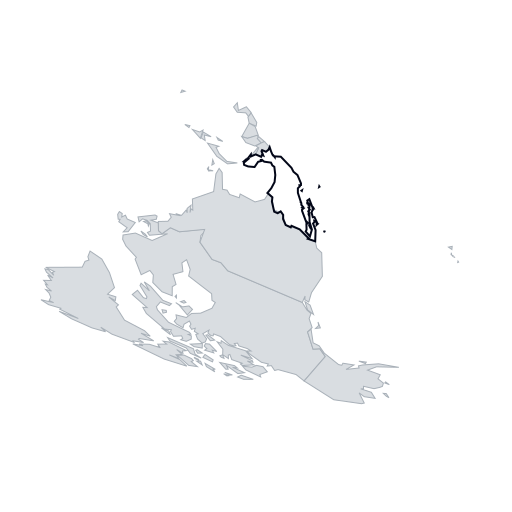 Mexico on a map of North America (Robinson projection), rotated 204°
{"feature_id": "MEX", "entity_name": "Mexico", "entity_type": "country or territory", "adm_level": 0, "iso_a3": "MEX", "parent_name": "North America", "parent_adm1": "", "projection": "robinson", "projection_center": [-103.635, 23.63], "detail": "medium", "context": "in_parent", "style": "outline", "palette": "ink", "viewbox_px": 512, "rotation_deg": 204, "n_neighbors": 17, "source": "natural_earth", "source_scale": "50m", "svg_char_len": 10400}
<svg xmlns="http://www.w3.org/2000/svg" viewBox="0 0 512 512"><g transform="rotate(204 256 256)"><path d="M194.8,232.4L187.4,227.3L182.4,225.8L182.0,220.4L175.6,213.4L178.0,207.6L166.0,194.1L160.0,197.2L151.8,192.3L161.2,161.4L171.2,164.0L189.6,161.2L192.4,159.0L197.4,162.1L201.0,160.0L200.9,162.4L207.8,161.1L222.4,164.0L225.5,165.6L221.9,167.2L226.3,167.9L235.0,166.9L237.5,168.9L240.2,167.2L237.8,165.9L239.4,164.8L244.3,164.3L255.7,168.0L263.0,167.6L262.7,165.6L264.8,165.0L268.6,166.1L268.8,169.2L273.0,163.4L267.4,160.2L267.4,156.8L269.9,154.6L275.6,156.4L279.1,159.9L277.2,161.4L281.7,162.1L282.1,165.3L285.0,162.8L288.1,164.9L287.7,167.3L290.4,169.5L294.0,164.4L293.5,160.8L300.6,161.5L304.1,163.1L303.1,166.5L305.1,169.7L294.6,171.5L291.5,177.3L283.4,181.2L275.0,190.3L274.3,197.0L278.2,197.6L281.2,203.5L309.4,210.3L310.7,217.0L317.9,224.4L320.9,219.6L316.4,212.0L324.3,205.5L317.5,197.5L320.0,193.9L316.4,185.6L327.3,185.1L339.5,189.8L342.1,197.0L347.1,199.6L353.3,192.2L365.2,204.0L364.7,206.1L378.8,212.2L384.6,217.0L386.0,221.1L375.5,227.9L357.2,227.9L345.8,240.4L361.8,231.6L364.8,233.4L362.5,235.8L365.7,242.5L369.9,244.3L374.7,243.8L376.7,239.7L379.7,243.7L364.9,252.4L362.6,252.2L362.0,249.0L366.6,246.0L358.6,246.5L355.4,239.5L350.9,238.1L345.7,247.0L335.8,247.0L314.5,259.4L312.3,258.3L314.7,252.3L312.8,245.8L294.7,235.0L285.3,235.6L275.8,231.0L194.8,232.4ZM301.1,185.1L302.8,183.6L306.3,183.6L303.6,186.1L301.1,185.1ZM305.2,152.0L302.1,149.3L313.2,151.9L308.3,151.7L305.2,152.0ZM312.8,187.9L311.6,185.3L313.5,186.1L312.8,187.9ZM272.7,145.4L271.6,146.5L265.6,145.5L269.8,143.5L272.7,145.4ZM271.4,138.3L266.4,138.2L265.7,137.4L270.0,137.5L271.4,138.3ZM260.9,134.6L267.4,135.8L263.9,137.4L260.9,134.6ZM303.5,145.5L275.4,145.8L271.7,141.6L264.5,140.4L276.5,140.4L282.3,143.6L300.0,143.3L303.5,145.5ZM231.1,136.8L237.2,137.0L229.2,137.7L231.1,136.8ZM233.9,134.6L237.7,135.3L231.6,135.9L233.9,134.6ZM387.1,224.0L385.2,229.4L395.3,231.5L395.1,234.2L396.9,233.6L399.3,237.8L398.9,241.0L395.5,240.4L394.5,237.0L391.9,240.2L388.7,237.4L379.9,237.5L382.7,226.2L387.1,224.0ZM294.7,174.2L306.5,180.0L310.4,180.8L302.5,179.6L296.9,183.1L292.3,181.4L294.7,174.2ZM303.4,154.2L309.7,152.1L332.8,158.9L338.5,163.1L334.5,164.6L353.4,170.5L350.3,176.5L341.9,172.1L338.8,172.5L339.0,174.3L350.0,181.9L349.9,184.4L339.2,180.8L347.6,186.9L340.2,185.5L323.1,177.6L313.8,178.0L314.9,175.5L324.7,175.1L326.4,169.2L324.1,166.7L309.0,159.9L285.8,159.2L283.7,158.1L285.9,156.8L282.6,156.7L281.4,153.7L285.0,149.7L290.7,148.9L289.4,150.9L291.5,152.8L298.7,149.1L303.3,152.2L303.4,154.2ZM267.7,150.0L275.7,148.0L280.1,148.8L269.4,154.2L267.7,150.0ZM208.3,142.2L217.2,138.3L223.5,138.0L221.0,141.1L208.3,142.2ZM168.0,216.5L172.1,214.0L170.5,218.0L172.5,220.9L168.0,216.5ZM246.5,133.4L256.3,134.8L258.8,137.2L247.1,135.9L249.2,135.1L246.5,133.4ZM192.7,234.2L186.6,233.1L179.7,226.0L186.9,227.7L192.7,234.2ZM202.5,147.4L219.0,147.8L223.4,149.9L214.5,152.8L211.0,156.3L204.6,157.7L198.6,154.8L204.3,149.3L202.5,147.4ZM237.5,140.3L245.8,144.0L231.1,147.1L227.5,146.1L232.2,144.8L219.1,144.7L224.7,141.2L238.4,144.0L235.4,141.3L237.5,140.3ZM239.5,151.1L246.3,152.3L248.4,157.4L256.5,161.8L252.5,162.0L253.3,164.5L244.8,163.1L227.0,165.2L217.7,160.6L229.6,159.3L216.6,158.8L215.6,157.7L221.2,156.5L213.6,155.7L224.0,150.4L226.3,151.0L225.0,152.4L236.0,151.5L239.8,155.4L241.0,154.2L239.5,151.1ZM257.7,152.2L255.2,150.3L264.6,149.1L263.2,151.4L266.7,152.7L266.5,155.4L262.7,156.6L253.0,152.8L257.7,152.2ZM243.6,149.5L246.7,149.4L248.4,150.1L246.4,152.1L243.6,149.5ZM252.7,141.6L263.3,141.8L262.6,145.3L252.9,143.7L252.7,141.6ZM264.6,131.1L273.0,128.7L287.5,133.3L281.3,136.2L273.1,136.0L270.7,134.9L272.2,133.2L264.6,131.1ZM274.4,127.2L298.0,124.5L332.8,125.6L322.7,128.1L327.0,128.1L317.4,132.0L306.0,133.3L309.0,133.7L307.7,134.2L309.9,135.5L301.8,139.2L306.2,140.4L300.9,142.0L281.2,141.2L284.6,139.3L283.1,137.3L290.4,138.3L283.5,136.0L288.9,133.3L284.6,130.9L294.9,130.4L283.1,130.3L274.4,127.2ZM320.0,168.7L315.9,169.8L314.9,168.2L317.7,166.0L320.0,168.7ZM263.2,160.0L269.6,163.3L268.2,164.4L259.6,162.4L263.2,160.0ZM362.9,229.2L367.8,229.8L371.3,232.0L365.9,230.9L362.9,229.2ZM366.5,239.6L367.9,241.4L372.8,241.8L370.6,243.5L366.6,242.0L366.5,239.6Z" fill="#d9dde1" stroke="#a8b0b8" stroke-width="1"/><path d="M194.8,232.4L275.8,231.0L285.3,235.6L294.7,235.0L312.8,245.8L313.7,259.4L335.8,247.0L345.7,247.0L350.9,238.1L355.4,239.5L359.3,247.8L350.6,251.9L349.2,256.9L352.2,259.5L341.3,262.1L346.6,262.1L340.6,262.8L338.5,269.5L336.4,267.5L338.3,271.5L336.0,276.0L334.0,268.8L334.5,272.7L332.4,272.2L337.3,282.2L320.9,297.6L326.0,314.7L325.3,321.0L320.9,318.5L313.7,303.3L309.3,304.4L305.1,301.5L295.0,302.4L295.7,306.2L278.9,305.0L271.2,311.2L270.0,318.6L265.2,316.6L258.9,305.3L249.4,305.8L241.3,296.4L227.0,298.0L215.5,292.8L207.9,293.5L203.7,287.9L197.3,285.7L187.1,264.4L190.4,245.1L189.1,235.4L193.6,235.9L194.9,239.4L194.8,232.4ZM161.2,161.4L151.8,192.3L160.0,197.2L166.0,194.1L178.0,207.6L175.9,211.5L168.5,199.9L161.7,199.6L154.1,195.0L136.4,190.4L133.2,191.1L133.0,193.4L122.2,196.3L127.6,189.0L116.3,195.6L117.7,197.3L114.3,199.8L100.1,207.4L80.2,212.4L100.8,203.8L107.7,197.1L94.2,198.0L94.6,193.4L87.9,191.7L87.5,188.3L89.4,186.4L94.2,182.8L104.8,180.7L103.8,178.5L106.3,177.2L95.2,178.4L89.3,174.4L99.9,171.5L106.1,172.9L97.3,165.7L99.5,164.0L126.5,156.3L161.2,161.4ZM76.9,180.6L79.9,180.9L83.8,182.3L81.1,183.3L76.9,180.6ZM79.7,341.6L83.8,342.4L80.7,344.6L79.7,341.6ZM78.4,336.7L78.9,338.4L78.0,337.0L78.4,336.7ZM76.4,335.9L77.8,336.5L76.1,336.4L76.4,335.9ZM73.5,335.6L75.1,335.6L74.9,335.8L73.5,335.6ZM69.1,332.1L69.4,333.5L68.4,332.8L69.1,332.1ZM81.9,192.7L86.7,192.4L86.4,193.7L81.9,192.7ZM112.3,202.2L119.3,201.8L112.1,203.9L112.3,202.2Z" fill="#d9dde1" stroke="#a8b0b8" stroke-width="1"/><path d="M354.3,341.6L354.6,347.8L345.5,346.7L352.4,345.5L349.4,340.8L354.3,341.6Z" fill="#d9dde1" stroke="#a8b0b8" stroke-width="1"/><path d="M355.6,349.5L354.7,340.9L365.5,345.7L357.9,346.4L355.6,349.5Z" fill="#d9dde1" stroke="#a8b0b8" stroke-width="1"/><path d="M329.8,316.4L333.1,314.9L333.2,315.8L329.8,316.4ZM333.2,314.1L335.9,315.8L335.5,318.5L334.8,316.0L333.2,314.1ZM331.7,323.4L333.3,321.1L334.7,326.4L331.7,323.4Z" fill="#d9dde1" stroke="#a8b0b8" stroke-width="1"/><path d="M362.6,125.6L376.7,123.6L399.1,123.6L413.4,125.4L392.9,126.6L413.6,127.6L413.0,128.9L425.7,127.2L434.7,128.6L421.9,131.1L426.8,131.2L426.7,134.9L430.0,138.0L434.5,139.8L428.5,140.8L434.1,142.3L437.0,144.6L434.9,144.9L440.1,147.4L433.0,150.4L438.6,153.8L432.5,153.4L440.8,156.0L443.6,158.4L439.9,159.0L432.9,156.1L435.3,158.2L433.8,159.8L443.5,160.1L410.2,175.1L410.0,181.6L407.0,184.3L409.3,187.0L409.6,193.0L395.6,190.5L383.1,181.2L372.4,169.5L376.1,160.7L367.4,161.7L366.4,158.0L373.8,158.7L361.8,155.4L363.0,152.6L350.0,143.9L327.4,142.4L320.0,139.7L329.6,138.7L314.9,136.9L329.2,133.1L329.5,132.1L323.5,131.2L333.8,128.5L332.4,127.5L355.7,126.0L368.8,127.8L362.6,125.6Z" fill="#d9dde1" stroke="#a8b0b8" stroke-width="1"/><path d="M337.1,383.0L335.4,388.4L331.3,381.8L325.5,388.4L319.0,385.2L318.7,380.0L323.6,382.6L331.6,379.7L337.1,383.0Z" fill="#d9dde1" stroke="#a8b0b8" stroke-width="1"/><path d="M319.9,379.6L318.6,384.7L309.6,378.3L308.7,374.7L316.2,374.5L319.9,379.6Z" fill="#d9dde1" stroke="#a8b0b8" stroke-width="1"/><path d="M316.2,374.5L309.4,373.9L302.9,367.1L311.7,360.0L317.6,359.3L316.2,374.5Z" fill="#d9dde1" stroke="#a8b0b8" stroke-width="1"/><path d="M317.6,359.3L311.7,360.0L304.0,366.8L297.2,361.4L301.9,356.0L311.4,355.5L317.6,359.3Z" fill="#d9dde1" stroke="#a8b0b8" stroke-width="1"/><path d="M297.2,361.4L302.6,363.8L302.1,366.2L294.8,364.0L297.2,361.4Z" fill="#d9dde1" stroke="#a8b0b8" stroke-width="1"/><path d="M287.8,361.0L289.3,355.3L293.5,355.3L290.2,350.8L291.6,348.7L297.7,348.7L297.6,355.9L300.9,356.5L297.2,361.4L294.8,364.0L287.8,361.0Z" fill="#d9dde1" stroke="#a8b0b8" stroke-width="1"/><path d="M297.7,348.7L301.0,346.7L298.5,355.9L297.6,355.9L297.7,348.7Z" fill="#d9dde1" stroke="#a8b0b8" stroke-width="1"/><path d="M369.5,346.1L374.5,347.2L369.4,348.2L369.5,346.1Z" fill="#d9dde1" stroke="#a8b0b8" stroke-width="1"/><path d="M332.9,347.2L337.6,346.5L339.9,348.4L332.9,347.2Z" fill="#d9dde1" stroke="#a8b0b8" stroke-width="1"/><path d="M319.5,328.6L332.3,331.1L346.2,339.4L334.6,341.1L336.7,339.0L331.2,334.5L321.1,330.6L310.9,333.4L319.5,328.6Z" fill="#d9dde1" stroke="#a8b0b8" stroke-width="1"/><path d="M387.8,377.7L391.2,374.8L391.1,377.6L387.8,377.7Z" fill="#d9dde1" stroke="#a8b0b8" stroke-width="1"/><path d="M207.9,293.5L215.5,292.8L215.1,293.6L226.9,298.1L235.9,298.0L235.9,296.3L241.5,296.4L246.3,300.8L247.9,304.6L251.6,306.8L253.6,303.9L257.4,303.9L263.6,312.2L264.9,316.3L271.2,318.2L269.6,324.1L269.1,331.1L271.3,337.8L275.5,344.9L277.9,345.4L280.3,347.4L286.9,345.5L289.8,346.3L290.7,345.7L290.1,344.7L292.4,342.9L293.5,336.7L299.6,334.6L303.9,334.4L305.1,336.2L302.3,341.9L303.1,342.1L302.0,346.7L301.1,344.9L297.6,348.7L291.7,348.7L291.7,350.8L290.3,350.8L293.6,354.0L293.5,355.2L289.3,355.3L287.8,358.2L287.8,361.0L284.7,357.6L282.2,355.3L280.7,354.4L281.9,355.4L279.0,353.9L279.3,354.7L273.7,356.8L259.5,351.0L256.0,348.2L251.0,346.8L244.4,340.6L243.8,339.1L245.1,338.3L244.3,337.5L245.3,334.9L243.4,330.7L237.1,323.7L237.9,323.7L236.5,323.2L235.4,321.5L236.1,321.5L233.0,320.0L233.5,319.0L231.9,319.0L232.8,317.1L232.3,316.0L223.2,306.7L223.0,305.8L220.5,300.6L220.6,298.6L214.7,295.9L215.7,302.9L220.9,308.9L224.0,315.5L224.2,314.7L224.9,315.4L227.7,324.2L228.6,325.1L229.0,324.2L231.7,327.5L230.4,329.6L223.2,322.4L222.9,318.3L219.9,314.5L218.4,315.3L214.0,311.5L217.0,311.7L216.4,310.8L217.1,308.9L212.1,303.9L207.9,293.5ZM222.4,306.0L222.8,307.6L222.1,307.3L222.4,306.0ZM220.0,306.6L219.0,305.6L218.7,304.6L219.9,305.6L220.0,306.6ZM304.7,339.4L304.5,338.7L305.2,338.3L304.7,339.4ZM223.2,323.5L222.5,322.6L222.9,320.7L222.8,322.4L223.2,323.5ZM213.6,309.9L212.9,310.1L213.3,309.1L213.6,309.9ZM203.8,307.0L203.3,306.3L203.4,306.1L203.6,306.1L203.8,307.0ZM223.9,323.5L224.3,324.2L223.4,323.5L223.9,323.5ZM241.0,334.2L240.7,334.7L240.6,334.1L241.0,334.2ZM227.9,321.6L228.1,322.2L227.6,321.5L227.9,321.6ZM226.1,317.9L226.4,318.1L226.0,318.6L226.1,317.9ZM226.4,344.8L226.5,345.3L226.2,345.1L226.4,344.8ZM289.4,345.3L288.9,345.5L289.8,345.2L289.4,345.3ZM230.5,324.8L230.2,324.8L230.2,324.2L230.5,324.8Z" fill="none" stroke="#020617" stroke-width="2"/></g></svg>